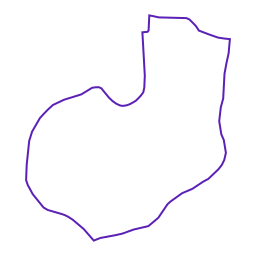 the district of San Antonio Sacatepéquez, San Marcos, Guatemala
{"feature_id": "79465075B59585261586559", "entity_name": "San Antonio Sacatepéquez", "entity_type": "district", "adm_level": 2, "iso_a3": "GTM", "parent_name": "Guatemala", "parent_adm1": "San Marcos", "projection": "albers", "projection_center": [-91.709, 14.966], "detail": "fine", "context": "isolated", "style": "outline", "palette": "violet", "viewbox_px": 256, "rotation_deg": 0, "n_neighbors": 0, "source": "geoboundaries", "source_scale": "gbopen_adm2", "svg_char_len": 1020}
<svg xmlns="http://www.w3.org/2000/svg" viewBox="0 0 256 256"><path d="M221.3,134.3L219.2,121.1L220.8,107.3L223.2,98.5L224.5,73.8L226.5,62.9L228.6,53.4L229.9,39.1L224.8,38.6L218.1,37.6L209.2,34.5L202.9,32.1L198.9,30.6L195.8,25.9L189.5,19.5L186.4,18.1L158.8,17.4L153.5,16.2L149.3,15.4L148.6,30.4L147.6,31.8L142.4,32.3L144.8,75.7L144.3,87.5L143.3,92.3L141.1,95.3L138.5,98.1L135.9,100.7L133.6,102.1L130.0,104.1L126.7,105.3L123.0,105.9L120.2,105.5L116.4,103.8L112.6,101.1L109.1,97.8L101.3,88.3L98.8,87.2L95.4,87.3L92.1,87.8L81.3,94.4L64.1,99.7L52.9,105.0L47.8,109.7L43.8,113.8L39.9,118.1L32.1,131.6L29.2,140.9L26.7,164.8L26.1,180.0L27.7,184.9L32.7,194.1L43.5,207.5L47.8,210.0L62.3,214.2L65.0,215.2L68.4,216.9L72.7,219.7L83.8,229.1L89.0,235.1L93.8,240.6L100.2,238.0L115.8,235.1L122.4,233.6L133.8,229.5L148.4,226.1L158.3,217.8L167.6,204.1L170.8,201.3L182.1,193.2L192.4,188.8L203.1,181.7L208.3,178.9L218.5,169.2L221.9,164.8L224.3,159.8L225.9,152.8L223.8,140.0L221.3,134.3Z" fill="none" stroke="#5b21b6" stroke-width="2"/></svg>